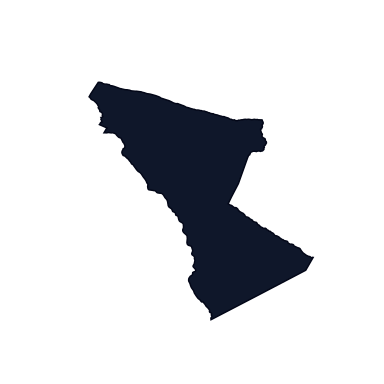 the district of Barra, Bahia, Brazil, rotated 122°
{"feature_id": "56859067B70822366872061", "entity_name": "Barra", "entity_type": "district", "adm_level": 2, "iso_a3": "BRA", "parent_name": "Brazil", "parent_adm1": "Bahia", "projection": "natural_earth1", "projection_center": [-43.395, -11.084], "detail": "fine", "context": "isolated", "style": "filled", "palette": "ink", "viewbox_px": 384, "rotation_deg": 122, "n_neighbors": 0, "source": "geoboundaries", "source_scale": "gbopen_adm2", "svg_char_len": 6117}
<svg xmlns="http://www.w3.org/2000/svg" viewBox="0 0 384 384"><g transform="rotate(122 192 192)"><path d="M290.2,108.2L243.7,80.8L198.1,54.1L183.3,54.6L183.5,55.1L183.9,55.2L184.4,55.5L184.4,56.2L184.3,57.8L184.7,58.8L184.9,59.5L185.1,61.4L184.8,65.6L183.9,68.2L182.9,70.2L182.8,70.7L182.8,71.4L183.3,73.2L183.7,76.8L183.1,77.8L183.0,78.4L183.4,79.8L184.3,81.2L184.3,83.4L184.0,83.9L183.4,84.7L183.4,85.4L184.4,88.2L184.2,89.6L184.6,90.7L184.4,91.9L184.4,93.4L184.1,94.3L184.2,96.2L184.4,97.2L184.8,97.8L184.9,98.9L184.7,99.5L184.3,100.3L184.0,101.6L184.0,102.1L184.3,102.5L184.3,103.0L183.9,104.5L184.0,105.2L184.4,105.8L184.1,107.3L184.3,107.9L184.2,108.6L183.9,109.4L183.8,110.4L184.1,111.0L184.9,111.8L185.0,114.3L185.2,115.4L184.6,117.3L184.7,118.7L184.6,119.3L183.8,120.8L183.7,121.5L184.2,122.7L184.5,124.0L184.5,124.5L184.4,125.2L183.9,125.8L184.0,127.6L184.1,128.3L183.7,130.4L183.9,131.7L184.2,132.1L184.4,132.8L184.0,134.7L183.5,135.2L183.1,137.0L183.0,137.6L183.3,139.2L183.2,139.9L183.3,140.6L183.3,141.2L182.8,143.2L182.1,144.4L181.9,145.9L182.0,146.5L182.4,147.1L182.8,147.8L182.7,148.6L182.7,149.6L182.5,150.2L182.5,151.7L182.8,152.4L182.9,153.8L182.8,155.1L175.4,155.9L160.3,157.1L133.5,163.0L130.8,163.4L130.0,162.8L127.4,163.2L126.4,162.8L126.0,162.4L125.6,162.2L125.1,161.8L124.3,160.6L123.5,158.7L122.7,158.2L121.6,156.8L121.3,155.5L120.8,155.2L120.4,154.6L119.9,154.1L119.5,153.9L118.0,153.6L117.5,153.7L117.3,154.3L116.9,154.4L116.0,154.2L115.6,154.7L115.1,155.2L114.4,155.0L113.8,154.8L112.6,154.7L112.1,155.0L111.6,155.1L111.2,154.8L110.3,155.3L110.0,155.7L109.7,156.6L109.4,157.3L108.7,157.6L108.3,158.0L108.1,158.7L108.3,160.3L108.1,161.4L107.8,162.0L107.3,162.5L106.1,162.7L105.6,163.1L105.1,164.4L103.2,166.6L102.4,167.1L101.6,166.5L101.0,166.7L99.9,166.7L99.3,166.9L98.7,167.4L98.1,168.1L96.4,167.9L95.1,168.7L94.7,169.7L93.8,170.5L93.8,170.9L95.6,174.0L95.9,175.1L96.7,176.1L96.9,176.7L97.2,177.2L97.4,177.9L97.8,178.1L99.1,179.7L100.2,182.4L101.7,184.4L102.1,185.4L103.2,186.7L104.1,187.6L104.6,188.4L106.2,190.0L106.4,190.6L107.4,191.2L107.7,191.6L108.4,193.0L108.3,193.8L108.4,194.5L109.2,195.2L109.4,195.8L109.5,197.1L110.2,198.6L110.0,200.1L110.5,202.1L110.8,202.9L110.9,203.8L111.1,204.8L112.0,206.3L112.2,207.4L112.8,209.1L113.3,211.5L113.6,212.1L114.3,214.1L114.4,215.6L114.9,216.3L115.4,217.7L115.6,218.5L115.6,219.2L116.0,219.9L116.2,221.8L116.7,223.1L116.7,223.8L116.9,224.5L117.9,226.2L117.9,226.9L118.2,227.5L118.6,228.3L119.0,229.8L120.3,232.0L120.5,232.8L120.6,233.7L121.1,234.5L121.2,235.2L121.8,236.9L121.8,237.4L122.3,238.3L122.2,239.0L123.2,241.9L123.2,243.6L123.5,245.7L123.9,246.8L123.9,247.7L124.2,248.6L124.6,251.0L125.2,251.8L125.8,253.0L126.3,255.1L126.4,257.0L126.7,259.7L126.9,260.6L127.4,262.4L128.2,265.7L128.8,268.0L128.7,269.5L128.8,270.5L129.5,273.8L130.6,277.6L131.2,279.5L132.5,282.4L133.1,285.1L133.7,286.8L134.0,288.2L135.9,292.4L136.5,293.3L138.4,297.1L138.7,298.8L139.7,301.2L140.7,303.0L141.7,305.9L142.0,306.9L142.3,307.5L142.6,308.7L142.7,309.4L143.8,314.4L144.4,316.3L144.8,317.0L145.0,317.6L145.0,318.4L144.8,319.2L145.4,320.3L145.6,321.2L146.8,323.3L147.0,324.1L147.2,324.5L147.3,325.1L147.1,325.8L147.2,326.5L147.4,327.3L148.1,328.8L148.7,329.6L162.4,329.9L165.8,329.7L165.8,329.2L165.9,328.7L166.8,326.6L166.5,323.0L166.8,322.3L167.0,320.8L167.4,319.9L167.8,318.4L168.3,317.9L168.5,317.2L168.8,316.8L169.4,316.2L170.0,316.3L170.4,316.0L171.3,313.9L172.5,312.8L172.6,312.2L172.3,311.7L172.4,311.0L172.6,310.5L172.6,310.0L172.9,309.5L173.4,309.1L174.4,308.8L174.9,308.4L175.1,307.7L175.7,307.6L176.2,307.7L177.0,308.6L177.2,308.1L177.7,307.9L178.6,307.8L179.2,306.6L179.8,306.3L179.9,305.8L180.4,305.5L180.5,306.0L181.2,305.9L181.9,306.3L183.3,306.1L183.9,306.2L182.7,297.9L184.0,298.1L188.4,298.0L187.1,295.8L186.5,295.1L186.1,294.7L185.8,294.3L184.7,291.9L183.7,290.5L183.2,288.2L183.1,287.6L183.8,285.9L184.4,283.4L184.4,282.8L184.0,281.1L184.1,280.5L186.3,277.0L186.5,276.6L186.5,276.1L186.7,275.7L188.0,273.7L189.3,272.8L190.5,272.5L191.0,272.7L191.5,273.2L192.0,273.3L192.8,273.0L194.5,272.9L195.6,272.4L196.0,272.1L196.4,271.6L197.2,270.4L197.5,269.6L197.3,269.2L197.1,267.8L197.8,264.7L197.8,263.9L198.1,262.9L198.8,261.3L198.9,260.4L200.0,258.4L200.2,257.6L200.1,256.2L200.7,255.1L202.5,250.7L202.8,249.6L203.1,248.4L203.0,246.5L203.5,244.6L205.0,241.4L206.1,238.4L206.9,236.8L208.1,235.2L208.8,233.5L209.3,233.2L210.9,232.5L212.3,231.3L212.9,230.5L213.0,230.0L212.8,229.3L211.6,226.6L211.0,225.0L210.5,224.1L210.5,223.6L210.6,222.8L210.9,222.1L211.0,221.6L211.0,221.0L210.5,219.6L209.6,217.8L209.3,217.0L209.3,216.0L209.7,214.6L211.1,211.8L211.6,210.0L212.1,208.8L213.1,207.6L216.2,204.9L216.9,203.7L217.0,202.9L217.1,200.6L217.4,199.9L218.7,198.1L218.7,197.6L218.5,196.3L218.5,195.6L218.6,195.0L220.1,193.6L220.2,193.0L220.0,192.3L219.9,191.5L220.3,190.7L222.3,188.7L223.1,187.6L223.3,187.1L223.4,186.4L223.3,183.7L223.5,183.0L223.9,182.4L224.3,182.0L226.4,180.5L227.3,180.2L229.0,179.8L229.9,179.2L230.7,177.8L231.0,176.4L231.3,174.5L231.6,173.3L231.9,172.9L233.8,171.4L237.4,169.6L238.0,169.1L238.5,168.6L238.9,168.0L239.1,166.8L238.5,164.8L238.5,164.3L238.5,163.8L238.8,163.2L241.0,160.6L241.9,160.1L244.0,159.7L244.5,159.5L244.9,159.1L245.2,158.6L245.3,157.0L245.6,155.7L245.9,155.3L246.9,154.9L247.4,154.5L248.2,153.5L248.7,153.2L251.3,152.2L252.0,152.0L253.7,152.0L254.3,151.8L254.7,151.5L254.9,151.0L255.5,148.9L255.9,147.8L256.4,147.4L256.8,147.2L257.2,147.1L257.7,147.2L258.9,148.2L259.9,148.7L260.4,148.5L261.3,148.0L261.9,147.8L262.5,147.9L264.4,148.8L266.5,148.9L267.1,148.8L267.7,148.6L268.9,147.9L269.4,147.4L270.7,145.2L272.2,143.5L273.4,141.8L274.2,139.9L274.6,138.9L275.2,137.9L276.4,136.5L278.0,133.1L278.9,130.8L279.1,130.0L279.2,128.2L280.0,126.2L280.1,125.6L279.9,125.0L279.3,124.7L279.3,124.1L280.0,122.7L280.4,121.3L281.1,120.1L281.4,119.4L281.9,117.0L282.6,115.1L282.9,114.5L284.3,113.7L284.5,113.3L284.6,112.7L284.4,111.7L284.5,111.1L284.9,110.8L285.8,110.6L286.2,110.3L286.4,109.7L286.7,109.3L287.0,109.1L288.4,109.2L289.0,109.1L290.2,108.2Z" fill="#0f172a" stroke="#020617" stroke-width="1.5"/></g></svg>